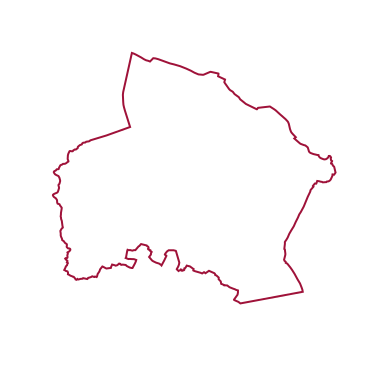 Nong Saeng, Saraburi, Thailand, rotated 289°
{"feature_id": "78962969B44780208263164", "entity_name": "Nong Saeng", "entity_type": "district", "adm_level": 2, "iso_a3": "THA", "parent_name": "Thailand", "parent_adm1": "Saraburi", "projection": "natural_earth1", "projection_center": [100.788, 14.482], "detail": "fine", "context": "isolated", "style": "outline", "palette": "rose", "viewbox_px": 384, "rotation_deg": 289, "n_neighbors": 0, "source": "geoboundaries", "source_scale": "gbopen_adm2", "svg_char_len": 5860}
<svg xmlns="http://www.w3.org/2000/svg" viewBox="0 0 384 384"><g transform="rotate(289 192 192)"><path d="M303.9,89.9L264.1,94.4L261.4,95.0L254.6,97.7L252.1,98.8L250.0,100.1L247.1,102.1L233.3,112.3L217.6,92.7L207.7,79.0L207.0,78.7L206.3,78.0L205.1,75.6L204.1,75.0L203.1,73.0L202.2,72.4L201.1,72.3L199.8,70.7L198.0,69.6L197.5,69.4L196.5,69.6L196.2,69.6L194.3,68.3L194.1,67.4L193.8,67.1L192.5,66.1L191.8,66.0L191.6,65.8L191.3,64.8L191.1,63.5L190.9,63.1L190.6,62.9L188.0,62.6L186.3,62.7L182.7,63.7L181.1,65.0L180.8,65.2L180.5,65.2L179.6,64.4L178.5,63.8L177.5,62.9L177.1,62.2L176.6,60.9L175.5,60.1L174.9,59.3L174.3,58.8L171.7,58.4L170.2,58.4L170.0,58.1L169.4,56.7L168.0,56.2L166.8,55.0L166.0,54.8L165.5,55.0L165.0,55.6L164.2,56.7L163.9,57.9L163.6,60.5L163.4,60.8L162.3,62.0L160.1,63.5L159.3,63.8L156.8,64.0L156.3,63.9L155.6,63.5L155.1,63.5L154.8,63.6L153.3,64.6L152.5,65.0L150.3,65.1L148.5,65.1L147.9,64.9L147.3,64.5L146.0,63.0L144.9,61.9L144.2,61.5L143.7,61.5L143.2,61.9L142.5,62.8L142.3,63.2L141.7,65.3L140.6,66.8L139.6,67.4L138.6,67.7L137.3,68.6L137.2,68.9L137.3,70.2L137.2,70.8L136.3,71.6L135.2,73.3L134.6,74.0L132.6,74.4L129.6,74.9L128.0,75.4L126.1,75.8L125.1,76.5L123.9,77.0L122.3,78.3L117.7,80.6L116.5,81.4L116.2,81.4L115.0,80.7L112.4,80.2L111.7,80.5L110.2,81.3L108.0,82.1L106.7,83.1L105.6,84.2L104.3,84.9L103.7,86.9L102.7,88.2L102.4,88.9L102.0,90.4L101.8,90.7L101.1,91.0L99.5,91.3L99.1,91.6L98.4,93.1L98.4,93.5L98.6,94.2L98.7,94.6L98.5,95.3L98.2,95.6L97.6,95.8L96.4,95.5L95.5,95.0L94.6,94.1L94.3,93.9L93.3,94.7L91.6,94.7L90.2,95.4L89.4,95.6L89.1,95.5L88.9,95.3L88.5,94.3L87.8,93.8L87.2,94.5L87.0,95.2L86.8,95.4L86.5,96.5L86.1,96.7L84.9,96.6L84.8,97.4L84.3,97.8L84.1,97.8L83.2,97.5L82.1,97.7L80.5,96.9L79.5,97.0L79.1,96.9L76.7,96.6L76.6,97.5L76.3,98.3L76.4,100.1L75.6,100.9L74.4,101.4L73.8,101.5L73.6,103.3L73.3,104.2L73.3,105.8L73.1,107.1L73.3,107.6L73.2,107.9L72.0,109.9L71.4,110.4L71.4,111.4L72.5,112.0L72.2,112.7L72.3,113.1L73.5,114.8L74.4,116.8L75.1,117.1L75.6,121.3L75.9,121.5L77.0,121.8L77.8,123.0L78.8,124.3L79.8,125.1L79.8,127.3L79.9,127.5L80.5,127.8L80.5,129.5L81.2,129.7L83.8,129.5L86.7,130.3L89.0,130.3L92.4,131.5L92.4,132.0L91.8,135.6L91.8,136.0L93.8,140.0L95.0,139.9L97.4,140.1L97.6,142.8L97.5,143.8L98.5,145.2L100.6,146.4L100.7,147.6L100.3,147.8L100.1,148.7L100.2,149.2L100.8,150.1L101.4,153.0L101.3,153.4L100.8,154.3L100.3,157.6L100.5,159.7L100.8,160.5L105.8,161.3L108.1,161.5L109.6,161.4L109.6,159.0L108.8,156.3L108.5,155.0L107.9,153.7L108.0,150.8L108.8,150.9L115.2,149.9L116.4,149.9L116.4,151.2L116.9,152.2L117.0,152.7L117.0,153.4L117.2,154.8L118.1,156.0L118.6,157.4L123.2,159.2L123.8,159.8L126.1,160.7L126.2,160.9L126.7,166.6L126.2,167.2L126.0,168.4L125.8,168.6L124.9,169.2L124.0,168.9L123.6,169.2L123.3,170.5L123.5,170.8L123.3,171.7L122.6,171.8L122.3,173.3L121.9,173.4L120.8,173.1L119.5,173.5L116.6,172.6L114.3,176.4L114.0,177.3L113.8,178.6L113.5,181.0L113.6,184.1L113.4,185.2L113.2,185.5L113.1,186.2L112.6,187.1L118.1,188.0L123.3,188.6L123.5,188.4L123.9,186.8L124.0,186.7L125.0,186.8L127.0,187.5L127.8,187.8L129.3,188.9L130.9,193.5L131.1,195.8L131.0,196.0L121.1,203.0L119.0,203.3L116.8,203.2L114.1,202.7L113.3,204.0L113.3,204.7L113.0,205.0L113.7,205.6L114.2,206.5L115.1,206.6L115.2,207.5L114.3,208.3L115.5,209.9L115.8,210.0L116.3,209.7L117.3,209.7L117.3,210.1L117.9,210.3L118.3,210.5L120.7,211.0L120.8,212.6L121.0,214.1L120.7,215.2L119.8,218.1L119.7,218.6L118.3,218.7L118.2,218.8L118.1,220.6L118.4,226.4L118.3,228.1L120.1,229.5L119.6,231.2L123.0,233.7L122.5,239.6L122.2,240.2L121.9,240.5L121.0,241.1L121.1,241.9L121.0,242.3L119.8,245.1L119.6,245.2L118.2,245.6L116.8,248.3L114.8,249.4L114.6,249.6L114.7,251.1L114.2,252.8L114.6,253.1L114.6,253.9L115.1,255.8L114.2,258.4L114.0,262.2L114.0,264.1L113.8,265.7L113.9,267.5L111.8,268.2L109.7,268.5L104.1,266.8L103.8,266.8L103.6,267.1L103.2,271.7L102.4,274.0L133.7,329.2L135.5,328.2L137.3,326.8L140.7,323.9L143.8,320.2L148.1,315.5L150.9,312.0L152.7,309.5L155.3,305.4L155.5,303.7L156.2,303.5L156.5,303.3L157.1,301.8L158.0,301.1L163.0,300.7L164.2,300.3L167.9,298.5L168.0,298.0L168.3,297.8L173.3,296.7L174.9,296.1L175.9,296.3L177.6,296.8L180.1,297.3L184.2,297.6L187.8,298.3L192.7,299.4L197.3,299.8L202.4,300.5L205.7,300.7L208.5,301.4L214.6,302.4L225.0,303.0L231.0,303.7L231.7,303.5L232.5,303.5L236.5,305.1L236.8,304.4L237.0,304.3L240.0,305.4L240.1,305.5L240.3,306.7L240.5,306.8L243.2,306.8L243.6,308.8L243.6,310.0L243.9,311.7L243.7,312.5L245.1,315.8L245.8,316.1L246.4,317.4L246.8,317.9L247.9,318.7L249.0,319.1L252.9,319.5L254.4,319.1L254.5,319.3L254.5,320.4L254.6,320.7L255.2,320.9L257.1,321.4L262.0,318.3L262.3,317.9L262.9,316.5L263.7,315.9L264.1,315.5L264.2,315.1L264.1,314.4L264.2,314.2L265.1,314.1L265.7,314.2L266.4,314.5L266.9,314.4L267.2,313.3L267.4,313.1L268.0,312.8L268.6,312.3L269.8,312.3L270.1,312.1L270.3,311.5L270.8,311.1L270.9,310.7L270.9,310.3L270.6,309.6L269.0,309.5L267.5,308.7L266.6,307.9L266.4,307.5L266.0,306.8L265.8,305.7L265.9,303.2L266.2,301.7L266.8,300.7L267.2,300.2L267.4,300.0L268.1,299.6L267.8,298.4L267.4,294.4L267.5,291.3L267.8,290.4L268.1,289.8L268.4,289.4L271.5,287.2L271.9,286.8L272.9,284.1L272.8,282.2L272.9,279.0L273.1,278.2L275.9,271.3L277.6,272.3L279.4,268.8L280.6,266.7L281.3,265.9L283.4,264.2L287.9,261.4L289.4,260.1L289.9,259.4L291.3,256.8L294.2,249.7L296.5,244.4L297.1,242.3L298.2,237.8L293.2,227.3L293.0,227.0L291.4,226.5L291.3,226.3L292.8,214.3L295.3,207.4L296.9,205.4L298.4,200.4L300.0,198.0L300.4,196.5L300.6,195.3L301.0,194.3L301.5,193.4L306.2,186.9L306.5,186.8L309.1,186.6L309.9,179.0L312.4,178.6L312.6,178.4L311.7,170.5L311.4,170.0L306.6,164.7L306.3,163.9L305.3,159.8L305.6,155.5L306.3,151.5L306.8,146.4L307.0,141.9L307.1,139.8L306.8,133.6L306.4,129.2L306.6,117.0L306.4,114.0L305.9,111.8L301.7,109.8L301.8,108.0L301.7,106.9L301.6,105.7L301.9,103.4L302.7,100.0L303.6,94.5L303.9,91.9L303.9,89.9Z" fill="none" stroke="#9f1239" stroke-width="2"/></g></svg>